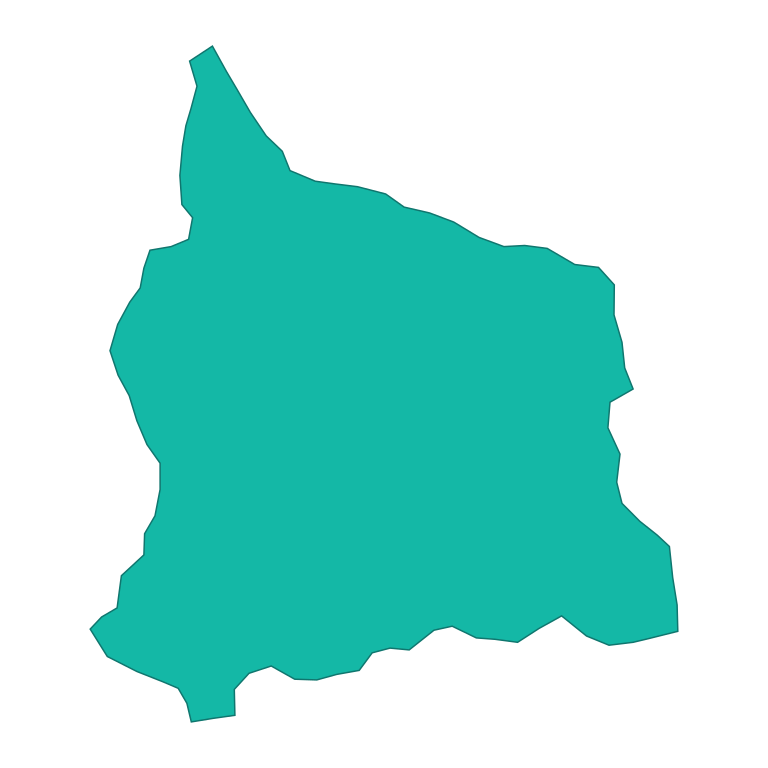 Campo Limpo Paulista, São Paulo, Brazil
{"feature_id": "56859067B17451469585276", "entity_name": "Campo Limpo Paulista", "entity_type": "district", "adm_level": 2, "iso_a3": "BRA", "parent_name": "Brazil", "parent_adm1": "São Paulo", "projection": "mercator", "projection_center": [-46.762, -23.21], "detail": "fine", "context": "isolated", "style": "filled", "palette": "teal", "viewbox_px": 768, "rotation_deg": 0, "n_neighbors": 0, "source": "geoboundaries", "source_scale": "gbopen_adm2", "svg_char_len": 1266}
<svg xmlns="http://www.w3.org/2000/svg" viewBox="0 0 768 768"><path d="M624.7,367.9L622.0,342.3L614.0,314.9L614.3,284.9L598.5,267.4L574.7,264.5L547.2,248.4L524.7,245.5L503.9,246.6L479.0,237.4L453.8,222.1L429.7,213.0L404.1,207.1L385.7,194.0L357.5,186.7L334.0,183.8L315.2,181.2L290.0,170.6L282.3,151.3L266.2,135.9L250.4,112.5L236.9,89.2L226.5,71.6L212.4,46.1L189.6,61.1L197.0,86.2L190.9,108.9L185.9,125.7L182.5,146.1L179.9,175.4L181.9,204.6L192.6,217.7L188.6,239.3L171.1,246.6L150.0,250.2L143.9,268.1L140.2,287.9L129.8,302.1L117.7,324.4L110.0,350.7L118.1,375.2L129.2,395.6L136.9,420.8L147.0,444.6L160.1,463.2L160.1,489.5L155.0,515.8L144.6,533.7L143.9,554.9L121.4,575.7L117.1,607.9L101.6,617.0L90.2,629.1L107.3,656.5L136.9,671.5L162.7,681.7L178.2,688.3L186.9,703.3L191.3,721.9L213.4,718.3L234.9,715.3L234.3,689.4L249.0,673.3L271.2,666.0L294.7,679.2L316.8,679.9L336.7,674.4L359.2,670.4L372.2,652.8L390.0,648.1L409.2,649.9L434.0,630.2L452.2,626.2L476.3,637.9L495.1,639.3L517.6,642.3L539.1,628.4L561.6,615.9L586.5,636.0L609.0,645.2L633.1,642.3L648.6,638.6L677.8,631.3L677.1,605.0L672.7,577.6L669.4,546.5L657.3,535.2L639.8,521.3L622.0,503.4L616.7,482.2L620.0,454.1L607.9,427.8L610.0,402.2L633.1,389.0L624.7,367.9Z" fill="#14b8a6" stroke="#0f766e" stroke-width="1.5"/></svg>